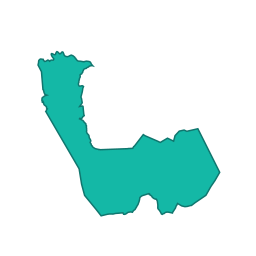 Ayotzintepec, Oaxaca, Mexico, rotated 72°
{"feature_id": "50627088B35063367960799", "entity_name": "Ayotzintepec", "entity_type": "district", "adm_level": 2, "iso_a3": "MEX", "parent_name": "Mexico", "parent_adm1": "Oaxaca", "projection": "albers", "projection_center": [-96.196, 17.726], "detail": "fine", "context": "isolated", "style": "filled", "palette": "teal", "viewbox_px": 256, "rotation_deg": 72, "n_neighbors": 0, "source": "geoboundaries", "source_scale": "gbopen_adm2", "svg_char_len": 5674}
<svg xmlns="http://www.w3.org/2000/svg" viewBox="0 0 256 256"><g transform="rotate(72 128 128)"><path d="M195.8,183.4L203.2,180.7L203.7,174.1L204.1,172.0L205.2,168.8L205.4,166.3L207.1,159.1L208.7,158.8L209.1,157.7L209.0,156.4L208.7,155.4L208.3,154.4L208.3,153.3L208.5,152.3L208.6,151.5L209.0,150.7L209.5,149.8L208.7,149.0L208.5,148.5L208.2,148.1L208.1,147.9L207.7,146.5L207.2,146.0L207.0,145.7L206.6,145.3L206.4,145.1L205.9,144.5L205.8,144.3L205.6,144.2L205.4,144.0L204.9,143.4L204.7,143.2L204.4,142.8L204.2,142.6L204.0,142.3L203.7,142.0L202.2,140.9L202.0,140.7L201.9,140.6L201.7,140.4L201.3,140.2L201.2,140.1L200.9,139.9L200.7,139.8L200.6,139.7L200.4,139.6L200.1,139.4L199.9,139.3L199.8,139.2L199.2,138.9L197.8,138.2L196.9,136.2L196.9,135.8L196.8,135.5L196.8,135.1L196.8,134.8L196.7,134.3L196.7,134.1L196.8,133.8L196.8,133.3L196.8,133.0L196.8,132.8L196.8,129.7L196.8,129.0L196.8,128.8L197.7,128.4L197.4,127.9L198.1,127.7L198.6,127.6L199.1,127.3L199.3,127.0L199.7,126.8L200.2,126.5L200.7,126.4L201.0,126.4L201.5,126.2L202.0,125.9L202.3,125.7L202.7,125.4L203.0,125.2L203.3,124.9L203.6,124.6L203.7,124.4L203.9,124.2L204.1,123.9L204.1,123.7L204.4,123.4L204.5,123.0L206.5,122.7L210.4,123.4L211.9,123.9L212.2,124.0L212.6,124.2L212.8,124.2L213.2,124.3L213.4,124.4L213.8,124.4L214.2,124.3L214.5,124.3L214.7,124.2L216.2,123.5L218.4,123.0L220.0,122.8L220.3,122.5L220.7,122.2L220.6,121.7L220.5,121.2L220.4,120.8L220.4,120.4L220.5,120.2L220.4,120.0L220.3,119.7L219.9,118.6L219.9,117.8L219.9,117.6L220.3,116.0L221.6,113.7L222.6,112.0L222.1,111.7L218.8,107.6L218.7,107.5L217.2,106.5L216.7,105.7L215.1,104.2L215.9,103.5L216.4,103.0L217.8,101.8L218.3,101.3L218.7,101.0L220.1,98.7L220.4,98.2L220.9,95.9L221.1,92.0L221.3,91.6L219.8,87.4L216.1,74.7L209.3,67.3L204.9,61.6L198.5,54.5L150.3,61.8L149.3,73.1L147.3,75.3L146.8,80.2L149.8,85.6L154.6,88.7L149.9,93.6L151.7,101.8L149.6,104.0L140.7,114.1L139.0,115.5L140.7,118.0L147.3,127.6L147.4,128.3L148.8,129.8L147.6,134.1L147.6,134.6L140.1,161.0L139.9,161.5L139.7,161.8L139.4,162.2L139.4,162.7L139.0,163.0L138.8,163.4L138.6,163.8L138.3,164.2L138.1,164.6L137.8,165.1L137.5,165.4L137.3,165.8L136.9,166.1L136.5,166.4L136.1,166.7L135.7,167.1L135.4,167.3L134.9,167.4L134.4,167.5L134.1,167.5L133.6,168.0L132.7,168.1L131.8,168.0L131.0,168.3L130.1,168.5L129.3,167.8L128.8,167.4L128.0,167.3L126.9,167.5L126.3,167.6L125.9,167.8L125.3,167.8L124.5,167.7L124.1,167.7L123.5,167.5L122.5,167.6L122.0,167.8L121.4,168.1L120.9,168.4L120.0,168.6L119.5,168.6L118.5,168.6L118.2,168.3L117.7,168.1L116.9,167.9L116.3,167.8L115.9,167.6L115.2,167.4L114.2,167.4L113.8,167.1L113.2,166.8L112.6,166.9L112.1,167.1L111.4,166.9L111.0,166.8L110.3,167.2L109.7,167.4L109.0,167.9L108.3,168.0L107.9,168.1L107.4,168.4L106.7,168.7L106.3,169.2L105.6,169.9L105.2,170.3L104.7,170.9L104.3,171.3L103.9,170.8L104.3,170.2L104.5,169.8L104.5,169.2L104.4,168.7L104.1,168.3L103.7,167.8L103.3,167.6L103.1,167.0L102.9,166.4L102.8,165.9L102.4,165.7L101.8,165.9L93.5,164.1L93.0,164.6L92.6,167.4L90.9,165.1L90.5,164.4L90.1,164.1L89.7,163.7L89.1,163.7L88.6,163.5L88.1,163.6L87.7,163.4L85.4,163.1L84.9,163.2L84.4,163.2L84.0,163.2L79.6,160.4L78.5,159.8L76.3,158.7L75.5,158.1L74.9,157.5L74.1,157.9L73.6,158.6L73.5,159.4L73.4,160.4L73.3,161.0L72.9,161.5L72.1,161.7L71.5,161.7L71.0,161.6L70.6,161.5L69.8,161.1L69.5,160.7L68.1,160.2L67.2,159.5L66.8,159.4L66.5,159.1L66.0,158.9L65.3,158.3L65.0,157.9L64.6,157.7L64.2,157.5L63.5,157.4L63.0,157.3L62.5,157.0L62.3,156.7L62.3,156.0L62.2,155.3L61.5,154.7L61.2,154.1L60.9,153.8L60.2,153.6L59.7,152.9L59.3,152.5L58.7,152.2L58.4,151.5L58.3,150.9L58.3,150.1L58.4,149.3L58.1,148.8L57.9,148.3L57.8,147.7L57.8,146.9L57.5,146.1L57.2,145.8L57.2,145.3L57.3,144.7L57.4,144.2L57.4,143.6L57.5,143.2L57.7,142.6L57.9,142.3L56.0,143.1L54.3,143.3L53.6,143.5L53.3,143.9L52.7,144.5L52.4,145.1L52.1,145.8L51.8,146.3L51.6,146.8L51.5,147.6L51.4,148.2L51.4,148.7L51.4,149.5L51.0,150.2L50.7,150.9L50.3,151.6L49.9,152.4L49.7,152.8L49.5,153.3L49.3,154.0L49.1,154.4L48.6,155.0L48.1,155.5L47.4,155.7L46.6,156.1L45.6,156.2L44.8,156.8L44.1,156.8L43.6,157.2L42.6,157.8L42.1,158.2L41.8,158.7L41.3,159.1L41.1,159.9L41.2,160.6L41.3,161.4L41.5,162.1L41.5,163.0L41.4,163.8L41.1,164.3L40.7,165.0L40.4,165.4L40.0,165.7L39.1,166.1L38.7,166.2L38.0,166.2L37.5,166.2L36.9,166.3L36.4,166.3L35.8,166.4L35.5,166.7L35.3,167.1L35.5,167.7L35.8,168.2L36.1,168.7L36.4,169.0L36.4,169.9L36.0,170.4L35.5,170.5L34.9,170.8L34.2,171.2L33.9,171.4L33.4,172.0L33.6,172.5L34.1,173.0L34.6,173.6L35.2,173.9L35.6,174.4L35.7,174.9L35.4,175.5L35.0,176.0L34.7,176.2L34.2,176.8L33.8,177.2L33.6,177.8L34.0,178.2L34.6,178.3L35.5,178.3L36.1,178.2L37.0,178.0L37.9,177.7L38.5,177.5L39.2,177.2L39.6,177.3L40.3,177.9L40.3,178.4L40.1,179.0L39.9,179.3L39.8,179.7L39.7,180.2L39.8,180.7L40.0,181.2L40.2,181.6L40.3,182.0L39.5,182.3L39.0,182.6L39.0,183.2L38.6,183.6L38.8,184.1L39.0,184.9L39.1,185.6L39.0,186.6L37.5,187.5L37.0,187.4L36.5,187.4L36.2,188.1L35.9,188.7L35.7,189.1L35.4,189.7L35.4,190.4L35.7,191.2L36.4,192.1L37.2,192.5L37.8,192.7L38.7,193.2L40.3,194.1L47.7,192.9L65.1,197.0L65.6,196.6L66.3,196.8L66.7,196.8L67.2,196.7L67.6,196.8L68.4,196.9L69.0,196.8L70.2,196.7L71.1,195.8L71.7,195.0L71.7,195.7L71.7,196.0L71.6,196.5L71.7,197.1L71.8,197.6L71.9,198.0L72.2,198.3L72.3,198.8L72.4,199.3L72.5,199.8L73.0,200.5L73.7,200.8L74.2,201.0L74.7,201.2L75.8,201.5L76.1,201.1L76.3,200.6L76.9,200.7L77.2,201.2L77.4,200.8L77.6,200.5L78.3,200.7L78.7,200.7L79.1,200.7L79.6,200.6L80.2,200.5L80.7,200.1L81.1,199.9L81.8,199.4L82.5,199.0L82.9,199.0L83.4,199.2L83.9,199.3L84.3,199.2L84.8,198.8L85.2,199.3L85.7,200.0L86.1,200.2L86.6,200.6L86.8,201.1L151.7,187.1L167.1,189.5L178.7,190.1L195.8,183.4Z" fill="#14b8a6" stroke="#0f766e" stroke-width="1.5"/></g></svg>